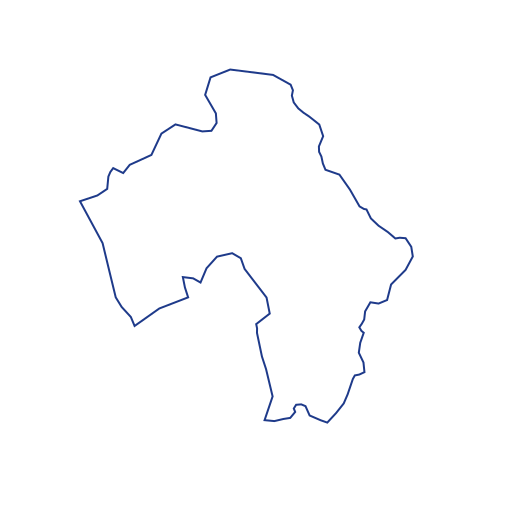 the District of Mātale, rotated 155°
{"feature_id": "LKA-2449", "entity_name": "Mātale", "entity_type": "District", "adm_level": 1, "iso_a3": "LKA", "parent_name": "Sri Lanka", "parent_adm1": "", "projection": "albers", "projection_center": [80.718, 7.7], "detail": "fine", "context": "isolated", "style": "outline", "palette": "blue", "viewbox_px": 512, "rotation_deg": 155, "n_neighbors": 0, "source": "natural_earth", "source_scale": "10m", "svg_char_len": 1414}
<svg xmlns="http://www.w3.org/2000/svg" viewBox="0 0 512 512"><g transform="rotate(155 256 256)"><path d="M261.8,74.9L266.8,79.8L274.8,88.8L274.6,99.0L277.7,102.4L282.5,104.2L286.2,101.8L286.4,98.1L293.4,94.8L300.0,96.7L309.1,98.6L317.6,103.6L300.3,121.7L294.7,149.2L293.1,162.4L287.6,185.9L285.6,190.0L284.6,194.2L267.9,198.0L264.0,213.9L271.8,249.1L270.7,260.4L276.4,268.6L291.6,271.9L306.0,265.8L317.5,255.4L322.4,262.3L331.2,267.8L333.7,257.6L335.0,247.2L365.8,249.3L395.6,243.9L395.2,253.6L399.3,266.6L400.6,277.8L395.1,305.3L389.6,332.5L392.4,380.0L374.2,377.9L362.5,379.7L356.2,390.4L352.5,393.7L348.3,396.0L341.3,387.3L331.9,392.0L308.1,391.8L290.0,406.9L273.4,409.3L252.0,391.6L243.5,388.3L235.5,393.2L232.1,402.2L234.0,423.5L221.7,437.1L200.6,435.9L164.0,412.9L152.2,396.6L152.5,390.6L155.7,386.2L156.9,379.2L155.3,371.9L152.4,365.8L148.9,360.0L143.1,348.4L144.5,336.2L152.7,328.7L154.8,323.7L154.7,318.5L156.3,311.6L156.6,304.8L146.0,294.5L142.8,276.5L141.2,257.2L138.3,253.0L136.2,251.5L136.0,241.5L132.1,231.6L126.4,222.0L122.3,213.0L118.0,211.8L112.9,208.9L111.4,198.7L114.1,189.3L126.3,180.2L145.6,173.1L155.8,160.7L165.0,161.1L171.9,165.7L180.5,159.7L184.8,152.7L188.7,149.9L192.5,147.7L192.1,143.6L190.8,140.9L198.2,133.3L203.7,124.9L203.6,114.1L206.8,104.9L212.5,104.9L216.9,106.0L220.2,103.6L231.4,91.9L238.8,85.3L249.8,79.8L261.8,74.9Z" fill="none" stroke="#1e3a8a" stroke-width="2"/></g></svg>